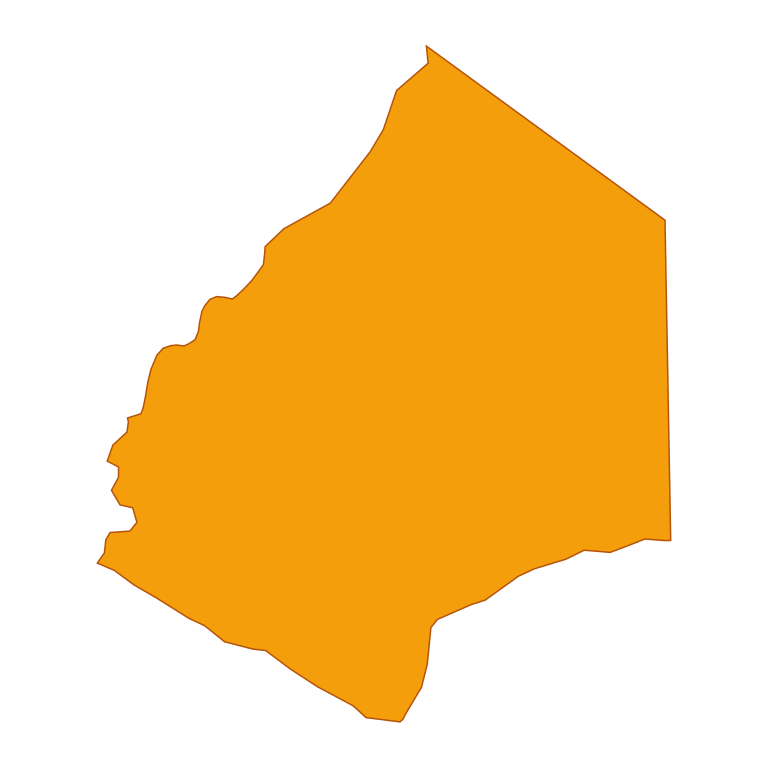 Fond Manger, Anse-la-Raye, Saint Lucia
{"feature_id": "8701671B97170128709946", "entity_name": "Fond Manger", "entity_type": "district", "adm_level": 2, "iso_a3": "LCA", "parent_name": "Saint Lucia", "parent_adm1": "Anse-la-Raye", "projection": "orthographic", "projection_center": [-61.01, 13.964], "detail": "fine", "context": "isolated", "style": "filled", "palette": "amber", "viewbox_px": 768, "rotation_deg": 0, "n_neighbors": 0, "source": "geoboundaries", "source_scale": "gbopen_adm2", "svg_char_len": 1136}
<svg xmlns="http://www.w3.org/2000/svg" viewBox="0 0 768 768"><path d="M670.7,540.5L665.0,220.2L426.4,46.1L428.1,63.2L396.6,90.5L383.3,129.7L370.1,151.9L330.3,203.1L283.9,228.7L265.2,246.5L264.4,256.1L263.4,264.7L259.9,269.5L251.9,280.4L243.8,289.0L236.6,295.8L232.4,299.0L224.6,297.3L216.5,296.6L209.9,299.4L204.8,305.7L201.9,311.4L199.6,322.4L198.4,331.5L195.0,339.8L188.5,343.9L184.0,346.0L176.6,345.0L170.6,345.7L163.2,348.2L156.9,355.2L150.9,369.5L147.8,382.3L145.6,395.6L144.5,401.5L142.9,408.8L140.8,413.8L128.7,417.6L127.5,418.0L128.4,421.8L127.0,432.0L112.9,445.1L107.2,461.1L118.5,467.0L118.5,477.2L111.5,490.3L120.0,504.9L132.7,507.8L136.9,522.3L129.9,531.1L110.1,532.5L105.8,539.8L104.4,552.9L97.3,563.1L114.3,570.4L134.1,585.0L156.7,598.1L189.2,618.5L204.8,625.8L224.6,641.8L252.9,649.1L265.6,650.5L291.0,669.5L317.9,687.0L353.3,705.9L366.0,717.6L399.9,721.9L402.9,719.3L405.6,714.0L421.5,687.2L427.3,664.1L430.9,627.6L437.4,619.4L471.4,604.5L485.2,600.1L518.4,576.2L534.3,568.8L566.1,559.1L584.2,550.2L610.2,552.4L626.1,546.4L644.9,539.0L663.7,540.5L670.7,540.5Z" fill="#f59e0b" stroke="#b45309" stroke-width="1.5"/></svg>